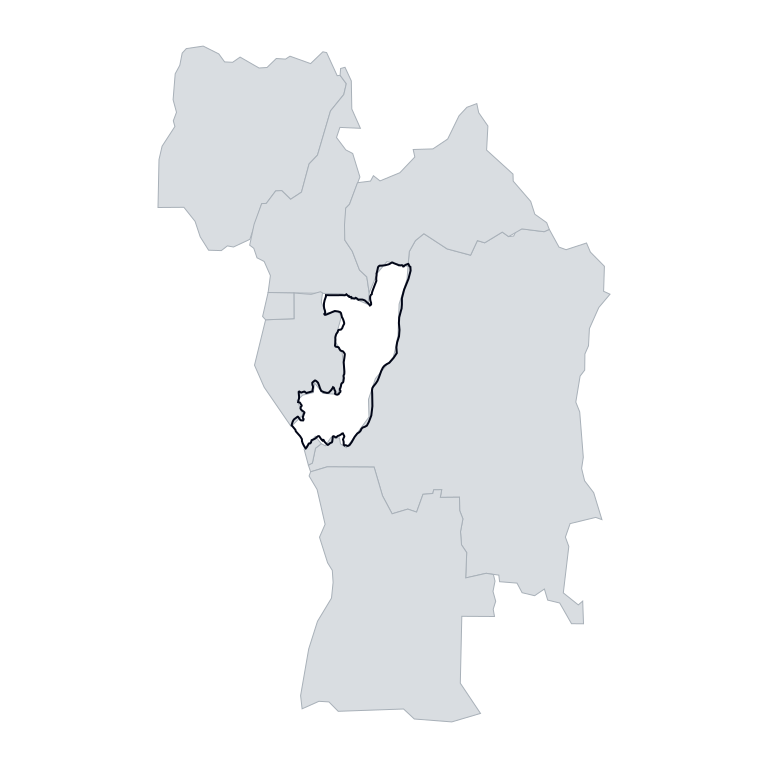 Republic of the Congo highlighted among its neighbors
{"feature_id": "COG", "entity_name": "Republic of the Congo", "entity_type": "country or territory", "adm_level": 0, "iso_a3": "COG", "parent_name": "Africa", "parent_adm1": "", "projection": "equal_earth", "projection_center": [14.374, -0.658], "detail": "fine", "context": "with_neighbors", "style": "outline", "palette": "ink", "viewbox_px": 768, "rotation_deg": 0, "n_neighbors": 7, "source": "natural_earth", "source_scale": "50m", "svg_char_len": 8057}
<svg xmlns="http://www.w3.org/2000/svg" viewBox="0 0 768 768"><path d="M579.7,411.9L583.3,457.3L581.6,468.4L584.6,480.8L593.7,492.7L601.9,519.6L595.7,517.4L570.1,523.6L565.4,537.1L568.8,546.5L563.3,592.9L578.3,604.9L582.7,601.1L583.5,623.8L571.5,623.7L559.7,603.0L547.7,600.1L544.4,589.0L534.6,595.7L522.1,592.7L517.0,583.1L499.6,581.7L498.8,575.1L486.2,573.3L465.7,577.9L466.7,552.6L461.5,544.8L460.5,531.7L462.9,518.9L459.7,510.6L459.5,497.2L440.3,497.4L441.7,489.7L433.7,489.8L432.8,493.5L423.0,494.3L416.6,512.1L407.8,509.1L392.1,513.8L382.5,495.8L374.1,467.1L327.3,466.8L310.6,471.8L308.4,465.2L312.4,463.0L315.5,448.2L321.3,443.7L325.4,445.8L330.8,437.7L339.5,437.9L340.5,443.9L346.4,447.7L369.0,417.0L368.5,399.4L375.4,378.6L393.2,357.3L395.0,350.5L398.0,335.2L399.1,304.1L407.0,279.3L409.3,251.5L415.4,240.6L423.9,233.7L447.1,248.9L470.6,255.2L477.4,240.6L484.7,242.8L502.3,232.1L508.6,236.6L513.7,236.0L516.1,230.8L521.9,228.9L544.1,231.7L549.3,229.4L559.0,247.1L566.1,249.7L586.5,243.0L590.4,252.1L604.4,266.3L603.6,291.3L610.0,294.2L598.8,307.5L589.4,328.6L588.5,345.8L584.9,354.0L584.7,370.1L580.1,376.1L575.8,402.1L579.7,411.9Z" fill="#d9dde1" stroke="#a8b0b8" stroke-width="1"/><path d="M158.0,207.5L159.0,159.6L162.1,146.2L174.9,126.5L173.3,120.8L176.5,112.3L173.1,99.7L175.2,73.8L179.8,65.3L182.2,53.1L186.3,48.6L203.2,46.1L218.8,53.9L224.6,61.9L232.6,62.3L240.1,57.1L259.0,68.0L267.0,67.5L276.3,58.5L285.5,59.1L290.0,56.2L310.6,63.6L322.9,51.8L326.6,52.6L337.2,75.7L340.1,75.3L346.3,83.7L343.8,94.5L330.5,110.9L317.5,155.1L309.1,163.9L301.5,192.1L290.6,199.3L281.7,190.6L275.7,190.9L266.3,203.4L261.7,203.6L249.9,239.3L233.5,247.0L227.4,245.9L221.3,250.6L208.6,250.2L200.2,236.8L195.1,221.4L183.9,207.3L158.0,207.5Z" fill="#d9dde1" stroke="#a8b0b8" stroke-width="1"/><path d="M345.0,67.3L351.3,80.9L351.8,109.0L360.4,128.3L339.9,127.4L336.5,137.5L345.8,149.9L352.7,153.5L359.9,177.0L349.5,204.3L345.7,208.2L344.8,240.1L352.3,251.3L359.5,270.0L366.8,276.9L369.2,292.8L368.0,304.4L342.5,293.7L268.1,292.5L270.4,275.6L264.2,261.5L257.0,257.8L253.8,248.3L249.7,245.2L254.1,224.2L261.7,203.6L266.3,203.4L275.7,190.9L281.7,190.6L290.6,199.3L301.5,192.1L309.1,163.9L317.5,155.1L330.5,110.9L343.8,94.5L346.3,83.7L340.1,75.3L340.6,68.5L345.0,67.3Z" fill="#d9dde1" stroke="#a8b0b8" stroke-width="1"/><path d="M549.3,229.4L544.1,231.7L521.9,228.9L508.6,236.6L502.3,232.1L484.7,242.8L477.4,240.6L470.6,255.2L447.1,248.9L423.9,233.7L415.4,240.6L409.3,251.5L407.9,266.4L386.9,261.6L377.5,272.9L369.2,292.8L366.8,276.9L359.5,270.0L352.3,251.3L344.8,240.1L344.5,224.8L345.7,208.2L349.5,204.3L357.5,182.7L370.5,181.1L373.4,175.7L380.0,180.9L399.9,172.7L414.8,157.0L413.2,149.5L432.9,148.9L447.7,139.0L459.0,115.8L466.9,107.3L476.8,103.6L478.7,112.7L487.9,126.0L486.6,150.1L513.0,174.1L513.2,181.1L530.7,201.4L534.8,214.2L546.7,222.7L549.3,229.4Z" fill="#d9dde1" stroke="#a8b0b8" stroke-width="1"/><path d="M293.9,293.0L311.1,294.4L320.5,291.7L322.5,292.9L321.3,302.2L325.8,313.3L337.6,311.5L341.6,315.8L334.7,340.6L342.2,353.2L343.9,369.9L341.9,384.2L337.1,394.3L323.0,393.4L314.6,383.1L313.3,392.6L302.6,395.2L297.1,400.6L303.1,414.7L291.1,426.5L264.2,387.3L254.5,365.2L265.6,319.8L294.0,318.7L293.9,293.0Z" fill="#d9dde1" stroke="#a8b0b8" stroke-width="1"/><path d="M268.1,292.5L293.9,293.0L294.0,318.7L265.6,319.8L262.6,316.5L268.1,292.5Z" fill="#d9dde1" stroke="#a8b0b8" stroke-width="1"/><path d="M321.3,443.7L315.5,448.2L312.4,463.0L308.4,465.2L304.1,449.2L315.3,436.3L321.3,443.7ZM310.6,471.8L327.3,466.8L374.1,467.1L382.5,495.8L392.1,513.8L407.8,509.1L416.6,512.1L423.0,494.3L432.8,493.5L433.7,489.8L441.7,489.7L440.3,497.4L459.5,497.2L459.7,510.6L462.9,518.9L460.5,531.7L461.5,544.8L466.7,552.6L465.7,577.9L486.2,573.3L493.4,574.5L495.0,581.1L493.0,591.4L495.7,601.3L493.2,609.2L494.5,616.5L461.8,616.3L460.3,683.2L480.5,713.4L451.8,721.9L414.3,719.0L403.6,709.0L338.2,711.3L328.9,701.9L318.9,701.3L302.1,708.8L300.6,695.6L308.7,649.0L317.5,621.3L331.5,598.1L333.1,582.4L332.3,570.4L327.6,562.8L319.5,537.2L325.1,524.3L317.1,489.5L309.1,476.0L310.6,471.8Z" fill="#d9dde1" stroke="#a8b0b8" stroke-width="1"/><path d="M291.6,425.2L292.6,421.9L293.3,420.4L294.1,419.3L297.6,416.7L298.1,416.8L300.5,420.2L301.2,420.4L302.0,420.3L303.0,420.5L303.5,419.8L303.6,419.0L302.9,418.0L302.8,417.0L303.3,415.8L303.6,414.6L304.3,413.1L304.4,412.4L303.6,411.6L302.0,410.5L300.9,409.4L300.5,408.3L300.8,406.9L301.7,405.8L301.6,405.2L300.8,404.2L300.3,403.2L299.7,402.5L298.1,402.1L298.4,400.7L299.0,398.5L299.1,396.9L298.7,392.7L298.7,391.9L299.2,391.5L300.1,392.0L301.1,392.6L303.7,391.7L304.6,391.6L305.4,392.4L306.4,393.0L312.5,391.3L312.6,389.4L313.0,387.8L313.0,386.6L312.8,385.8L312.5,385.2L312.3,384.0L312.3,382.7L312.9,382.1L314.8,380.5L315.4,380.5L316.7,381.4L318.0,382.7L319.1,385.5L319.9,388.0L321.2,390.9L323.8,392.1L327.0,392.9L328.7,392.7L331.1,390.2L332.5,388.2L333.0,387.2L333.8,387.7L334.7,390.3L335.3,391.3L335.4,392.2L335.0,393.4L335.4,394.2L337.1,394.7L338.6,394.2L339.2,393.1L340.4,391.8L340.4,390.6L339.8,389.9L339.8,388.8L340.4,388.0L341.0,385.8L341.2,384.2L341.8,383.2L342.9,382.5L343.3,381.8L343.9,378.0L343.6,376.6L343.6,375.5L344.3,374.0L344.4,371.6L344.1,367.7L343.9,365.0L343.7,362.2L344.3,358.5L344.8,354.6L344.7,353.7L343.9,352.5L343.0,351.4L340.5,350.5L339.5,349.1L338.8,347.6L338.3,347.2L335.6,346.6L335.0,345.7L335.2,343.3L335.4,339.8L335.3,337.3L335.8,335.3L336.4,333.8L337.6,332.2L338.2,330.4L338.6,329.9L340.9,329.6L341.7,328.8L342.3,328.0L342.6,327.0L343.4,325.2L344.1,324.0L344.2,323.2L344.0,322.1L343.3,319.9L342.5,318.0L342.0,317.4L341.0,313.1L340.1,312.1L338.2,311.5L334.8,311.0L332.8,311.8L329.6,313.2L327.2,314.2L325.6,314.8L324.7,314.7L324.3,314.0L324.9,313.4L325.2,312.1L324.8,310.2L324.2,308.5L323.9,306.1L324.0,303.1L324.6,300.3L325.9,296.6L326.0,295.1L329.8,295.2L333.6,295.2L337.7,295.2L341.7,295.1L344.9,295.3L346.4,294.3L347.8,295.7L348.5,296.1L348.8,296.0L349.3,297.0L351.1,296.9L351.4,297.1L351.5,298.3L353.2,298.3L354.0,298.6L354.6,298.5L355.6,297.8L356.3,298.1L357.6,299.0L358.4,299.8L359.7,299.5L362.6,299.6L364.8,300.4L367.1,302.5L368.6,303.7L369.9,305.5L370.4,305.2L370.9,304.7L371.1,304.5L371.1,302.9L370.3,300.3L370.1,298.1L370.2,296.3L370.8,295.0L371.8,294.2L371.9,293.0L371.9,292.8L372.9,289.9L374.0,287.0L375.3,283.6L376.4,280.8L376.2,279.4L376.3,277.3L376.6,275.0L376.5,273.6L376.8,272.7L377.6,269.3L378.0,267.3L378.6,266.4L379.6,265.7L381.1,265.7L384.9,265.3L388.4,264.4L389.5,264.0L391.8,262.5L392.6,262.5L393.3,263.0L397.6,264.7L398.8,265.3L399.2,265.2L399.9,265.4L400.9,265.4L401.8,265.2L402.5,265.4L403.2,266.5L403.8,266.4L404.4,265.6L405.7,264.8L408.2,263.9L408.6,264.3L409.5,266.3L410.4,266.9L410.6,270.7L409.4,275.3L408.5,278.8L406.2,284.5L404.1,289.7L401.9,298.3L401.9,304.6L401.6,308.5L400.9,310.9L399.2,317.4L398.9,323.0L399.5,329.9L399.0,336.4L397.1,342.5L396.4,347.3L396.8,353.1L393.5,358.0L389.3,362.8L386.6,364.2L384.4,365.8L382.9,367.6L382.4,368.6L381.3,370.8L378.8,377.7L377.5,380.8L375.8,383.4L373.3,386.5L372.4,388.0L372.0,390.2L372.2,394.1L372.4,406.2L372.0,409.7L371.3,415.5L368.8,422.0L366.9,425.6L365.0,426.7L362.6,427.6L361.4,428.9L360.7,430.6L359.3,432.2L357.3,433.5L354.7,436.8L351.7,442.1L349.6,445.0L348.4,445.8L347.2,445.9L346.0,445.3L345.0,445.2L344.5,445.5L344.2,445.2L343.7,444.7L343.7,443.5L343.6,441.5L343.0,439.5L343.7,437.8L344.3,436.6L344.2,435.9L343.6,434.9L342.9,433.4L342.2,433.5L340.8,434.6L339.3,435.5L337.9,435.9L336.8,436.8L336.3,437.3L335.3,437.3L334.8,436.8L333.7,436.2L333.0,436.4L332.7,436.7L332.6,438.6L332.4,440.2L332.2,441.7L331.8,442.4L330.1,443.1L328.9,444.2L327.9,444.9L327.3,444.7L326.0,443.3L324.8,442.1L324.1,441.0L323.7,440.2L323.5,439.9L322.7,439.8L322.5,440.5L322.1,440.2L320.9,438.8L319.4,436.5L318.9,436.1L318.1,436.2L316.9,437.0L315.6,438.3L313.4,439.5L311.6,440.2L311.4,441.0L311.0,442.4L310.3,443.3L308.7,443.6L308.1,444.9L306.7,447.3L305.8,448.4L305.5,448.0L304.9,447.4L303.8,445.5L302.6,443.1L302.3,442.0L302.0,441.4L301.9,439.1L300.2,436.3L295.8,431.3L295.4,429.8L291.6,425.2Z" fill="none" stroke="#020617" stroke-width="2"/></svg>